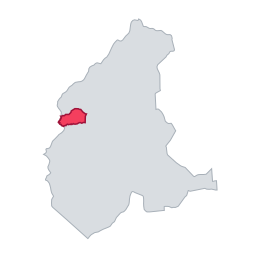 Ibba, Western Equatoria, South Sudan shown in context, rotated 87°
{"feature_id": "79223893B81466867971410", "entity_name": "Ibba", "entity_type": "district", "adm_level": 2, "iso_a3": "SSD", "parent_name": "South Sudan", "parent_adm1": "Western Equatoria", "projection": "orthographic", "projection_center": [29.215, 5.058], "detail": "fine", "context": "in_parent", "style": "filled", "palette": "rose", "viewbox_px": 256, "rotation_deg": 87, "n_neighbors": 0, "source": "geoboundaries", "source_scale": "gbopen_adm2", "svg_char_len": 4947}
<svg xmlns="http://www.w3.org/2000/svg" viewBox="0 0 256 256"><g transform="rotate(87 128 128)"><path d="M211.3,199.1L203.4,207.2L202.8,207.7L201.8,208.3L198.6,208.3L195.3,207.9L192.2,205.9L189.1,207.5L187.1,208.0L185.9,208.2L183.2,208.5L179.3,209.4L177.5,210.5L176.5,211.3L175.8,212.9L175.4,213.1L174.6,212.9L173.6,212.3L171.5,211.4L170.5,209.4L169.5,208.2L168.7,207.5L165.4,209.5L163.8,210.0L162.5,210.0L160.1,208.8L157.4,207.9L156.1,207.9L154.0,209.1L151.7,210.9L150.5,212.7L149.9,213.7L149.1,212.1L148.3,211.1L147.2,210.7L145.0,211.1L144.4,210.6L144.3,209.2L144.0,207.9L143.4,207.0L141.7,206.0L137.3,204.1L133.9,200.3L132.2,198.5L130.9,197.3L129.1,194.3L127.1,192.2L124.7,191.2L123.1,191.7L121.4,194.0L118.3,196.1L116.8,196.1L115.0,195.0L112.7,194.2L108.5,193.8L106.8,194.8L104.5,196.4L102.6,197.4L101.4,197.5L100.3,197.1L99.1,196.9L98.0,196.9L95.8,195.4L94.6,194.3L93.9,193.3L92.6,192.6L91.1,192.0L90.1,191.1L89.6,189.9L88.8,188.4L87.7,187.1L84.3,184.7L83.3,183.3L82.6,181.9L81.2,180.4L79.7,178.3L79.3,175.4L79.2,173.0L78.9,171.9L78.3,170.8L77.6,169.8L76.4,168.8L73.6,167.2L70.8,165.4L69.4,164.4L66.8,164.0L65.3,163.0L64.0,160.7L63.5,158.9L62.2,157.5L61.6,156.5L61.3,155.4L62.4,151.8L60.9,150.6L58.6,148.9L57.0,147.1L56.1,145.5L53.2,143.3L47.0,140.1L43.4,138.0L41.4,136.2L39.7,134.3L39.5,133.6L40.6,131.8L40.8,130.3L39.9,128.7L36.2,125.6L33.3,122.2L31.0,121.1L25.6,120.1L24.0,119.7L22.4,119.1L20.8,117.5L20.3,115.7L21.1,112.8L20.6,111.9L19.7,111.7L20.0,111.1L21.0,109.7L22.7,108.8L27.2,107.4L27.5,106.9L27.6,105.1L27.9,104.2L29.5,101.7L29.8,100.7L29.8,98.6L30.1,97.6L30.5,96.9L31.8,95.6L32.2,94.9L32.4,93.3L32.3,90.0L33.0,88.8L35.8,85.9L36.6,84.6L36.9,83.4L36.9,82.2L37.0,81.0L37.9,79.9L38.6,79.6L40.7,79.2L42.1,79.5L52.0,77.5L53.2,77.8L53.7,79.0L53.6,80.9L53.8,81.8L54.3,82.4L55.9,83.3L57.0,84.9L57.5,85.4L59.1,86.4L66.4,95.1L68.5,95.9L70.5,95.6L74.6,93.9L76.6,93.4L90.6,94.0L92.2,93.7L92.3,93.7L94.4,98.1L95.4,99.1L110.9,99.1L110.6,97.9L110.8,96.5L113.5,93.9L113.9,93.6L116.3,92.3L118.6,91.4L123.1,90.4L124.7,88.9L125.6,87.5L125.6,84.6L126.2,84.2L127.3,83.5L132.4,81.0L133.3,80.5L142.4,86.3L147.6,90.9L147.9,91.1L148.2,91.2L148.4,91.1L148.7,90.9L149.3,90.7L151.5,90.6L155.6,90.3L157.0,89.8L165.3,81.5L167.3,78.9L167.9,78.3L169.1,76.4L170.3,73.2L170.6,72.8L179.6,65.1L179.9,64.5L180.0,64.0L178.6,61.4L178.3,60.1L178.2,58.0L178.4,54.9L178.3,52.9L178.2,52.3L178.1,52.2L173.0,46.6L185.7,46.4L185.7,45.7L185.5,44.8L185.3,43.9L185.3,43.4L185.4,42.9L185.4,42.7L185.3,42.4L194.6,42.3L194.5,43.9L193.4,47.7L193.5,50.0L193.2,52.6L192.9,53.3L192.5,54.0L192.3,54.3L192.3,54.6L194.4,69.0L194.3,69.7L193.8,70.6L193.6,70.9L193.6,71.1L193.8,71.2L198.1,72.8L198.3,72.9L198.5,73.0L200.0,74.9L208.5,81.7L208.8,82.0L209.6,84.2L209.7,84.5L209.8,85.0L209.8,85.4L209.6,86.7L209.7,87.3L209.8,87.7L209.9,88.2L209.9,88.3L209.9,88.6L208.6,91.1L208.3,92.9L208.2,94.4L208.2,95.3L208.4,95.8L208.5,96.0L212.3,96.1L212.2,96.9L212.9,110.0L212.9,111.5L212.8,113.4L212.4,114.1L211.4,115.1L210.1,116.1L206.8,116.4L204.1,116.4L202.2,116.2L199.6,116.1L197.1,116.3L196.2,117.1L193.0,124.1L191.9,125.9L191.7,126.9L192.0,127.5L193.3,128.4L196.1,129.6L199.4,130.3L201.8,130.6L203.4,130.9L204.7,131.3L209.3,134.4L210.8,135.9L211.6,137.2L211.8,138.6L212.5,140.0L216.8,144.3L220.8,146.4L222.3,148.7L223.8,149.8L225.2,151.0L226.0,152.8L227.8,158.1L229.0,160.8L230.2,163.1L230.7,166.7L231.6,168.4L232.6,170.3L234.3,172.1L236.0,173.5L236.3,173.9L219.1,191.2L211.3,199.1Z" fill="#d9dde1" stroke="#a8b0b8" stroke-width="1"/><path d="M111.8,168.8L111.6,169.9L109.6,172.3L107.0,174.2L106.8,175.7L106.2,176.6L105.9,180.0L108.0,183.8L109.5,184.2L111.4,186.4L111.3,187.6L111.2,189.7L112.3,190.7L112.4,191.8L112.1,192.4L112.5,192.8L112.7,194.4L112.8,194.3L113.0,194.2L113.2,194.3L113.3,194.3L113.4,194.2L113.5,194.2L113.7,194.3L113.8,194.3L113.8,194.2L114.0,194.0L114.3,194.0L114.5,194.1L114.7,194.3L114.7,194.5L114.8,194.6L115.0,194.6L115.3,194.6L115.5,194.7L115.4,194.9L115.4,195.0L115.5,195.2L115.9,195.2L116.0,195.2L116.3,195.1L116.5,195.2L116.6,195.3L116.6,195.5L116.8,195.7L116.8,195.8L116.9,196.0L117.0,196.0L117.3,196.3L117.5,196.3L117.6,196.5L117.8,196.5L117.8,196.8L118.0,197.0L118.3,197.1L118.3,196.9L118.5,196.9L118.8,196.8L118.9,196.7L119.0,196.4L118.9,196.3L118.9,196.2L119.0,196.1L119.1,195.9L119.2,196.0L119.3,196.1L119.5,196.1L119.8,196.2L119.8,196.3L119.9,196.2L120.0,196.1L120.3,196.1L120.5,196.0L120.6,195.9L120.7,195.7L120.8,195.4L120.8,195.2L120.8,194.9L121.0,194.8L121.0,194.7L121.3,194.5L121.5,194.5L121.5,194.4L121.8,194.4L121.9,194.2L122.0,194.1L122.1,193.9L122.3,193.9L122.4,193.7L122.5,193.6L122.6,193.4L122.6,193.2L122.6,192.9L122.5,192.7L122.8,192.4L123.0,192.3L122.3,191.2L122.3,189.8L121.9,189.8L121.0,188.4L121.6,187.5L121.3,186.7L121.5,185.4L120.9,184.6L121.6,183.9L120.8,182.4L121.2,182.0L121.4,180.2L121.1,178.2L120.4,177.2L120.0,175.6L120.8,173.9L120.1,172.1L120.4,170.5L114.1,170.0L111.8,168.8Z" fill="#f43f5e" stroke="#9f1239" stroke-width="1.5"/></g></svg>